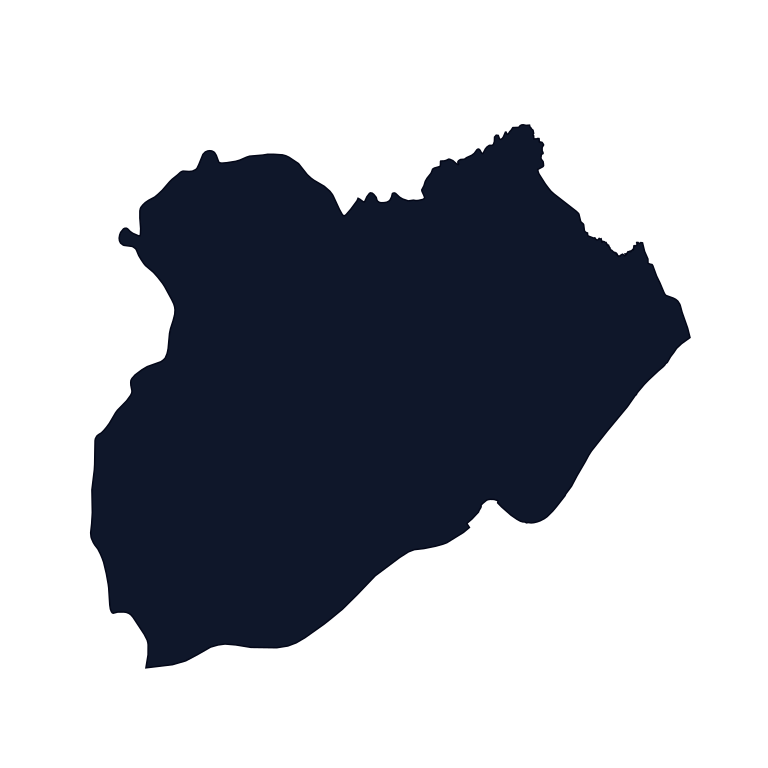 Sawang Wirawong, Ubon Ratchathani, Thailand, rotated 173°
{"feature_id": "78962969B62238671099261", "entity_name": "Sawang Wirawong", "entity_type": "district", "adm_level": 2, "iso_a3": "THA", "parent_name": "Thailand", "parent_adm1": "Ubon Ratchathani", "projection": "equal_earth", "projection_center": [105.01, 15.236], "detail": "fine", "context": "isolated", "style": "filled", "palette": "ink", "viewbox_px": 768, "rotation_deg": 173, "n_neighbors": 0, "source": "geoboundaries", "source_scale": "gbopen_adm2", "svg_char_len": 6155}
<svg xmlns="http://www.w3.org/2000/svg" viewBox="0 0 768 768"><g transform="rotate(173 384 384)"><path d="M316.7,231.2L318.8,235.5L313.1,239.3L305.8,245.4L305.1,246.8L302.9,249.6L302.5,250.6L302.5,251.8L300.8,253.3L296.6,256.0L295.2,256.5L292.7,256.6L288.8,256.0L285.2,254.3L285.1,253.9L285.7,252.2L282.2,247.6L273.9,238.3L268.6,233.6L265.3,231.2L263.0,230.2L261.1,229.9L259.5,228.8L257.7,228.9L254.9,228.2L252.2,228.1L248.7,228.5L245.6,229.2L241.3,230.8L238.2,232.5L232.0,237.3L227.6,241.4L218.0,251.0L216.9,252.8L210.4,259.6L203.5,269.5L193.6,282.5L189.6,288.2L186.3,292.2L168.3,310.0L145.2,331.8L136.2,341.8L134.7,342.8L134.5,343.5L132.7,345.4L125.7,351.9L121.0,355.7L110.3,363.5L104.7,367.2L103.0,368.6L102.1,369.8L100.2,370.9L96.3,376.1L92.4,380.1L89.3,383.7L83.7,387.8L74.6,392.8L75.8,402.4L79.4,418.9L80.4,426.0L80.8,427.4L82.3,430.5L84.2,432.5L86.4,434.0L93.3,437.5L94.2,438.7L95.0,440.8L97.7,450.4L100.3,458.0L102.8,468.8L103.4,469.9L105.7,470.7L106.9,471.5L107.2,472.0L106.8,475.9L109.2,483.9L110.2,492.6L111.9,493.1L112.5,492.7L113.7,492.4L114.6,493.5L115.2,493.2L115.5,493.7L115.9,493.7L116.1,493.3L115.6,492.2L115.7,491.7L116.5,491.0L118.2,490.2L118.6,490.2L118.7,490.8L119.0,490.8L119.4,489.6L119.4,488.9L119.8,488.4L119.8,487.3L120.1,486.9L120.8,487.1L121.0,486.6L121.7,486.5L122.9,485.3L123.5,486.0L124.2,485.5L125.7,485.6L126.4,484.6L127.2,484.0L127.4,483.0L127.8,482.9L128.6,483.8L128.9,483.8L128.7,482.4L129.2,481.9L129.9,482.0L130.9,483.4L131.5,483.8L133.6,482.9L134.0,482.1L134.6,482.4L135.7,482.1L135.9,482.7L136.4,482.9L136.6,483.9L137.5,484.1L137.5,484.4L137.1,484.6L137.0,485.0L137.8,485.9L138.6,485.8L138.9,486.6L139.8,486.6L141.5,488.8L142.6,489.3L142.6,490.0L143.2,490.6L143.1,491.6L143.5,491.9L143.7,492.7L144.1,492.9L144.1,494.3L144.5,494.6L145.2,494.2L145.4,494.3L145.5,495.6L146.0,496.0L146.3,497.4L147.3,497.6L148.0,498.4L149.7,499.0L149.9,498.9L150.1,498.0L150.4,498.0L150.8,501.7L151.8,501.4L152.3,502.1L152.7,502.3L154.0,501.1L155.0,500.9L156.2,501.9L156.9,503.4L158.2,503.3L163.4,506.1L163.7,507.5L163.6,509.1L165.5,510.1L166.4,511.8L166.4,517.8L166.7,518.6L168.5,520.6L169.0,521.5L169.8,528.6L170.1,529.5L172.0,531.9L191.9,551.7L194.7,554.9L196.8,558.2L199.5,562.9L204.5,573.4L205.1,575.5L205.3,578.2L200.1,580.2L199.5,580.6L199.0,581.3L198.9,583.5L199.0,585.4L200.5,588.0L200.7,589.3L199.7,592.9L198.4,593.1L198.0,593.5L198.0,594.5L198.6,596.1L198.3,598.9L198.0,599.8L196.5,601.7L196.5,602.3L197.6,604.5L199.0,605.1L199.3,604.6L200.3,605.3L200.2,608.7L201.4,609.0L202.5,608.7L205.4,609.0L205.2,612.2L205.8,612.7L205.9,613.2L204.9,614.5L205.1,617.2L205.2,617.8L206.4,619.0L206.9,620.2L207.9,621.6L208.0,623.2L211.5,623.4L214.1,624.3L215.7,624.4L217.3,623.9L219.0,622.3L224.9,622.8L227.0,620.3L228.4,619.2L229.8,617.5L230.8,616.7L231.4,616.9L232.2,619.2L232.8,619.2L235.4,614.7L236.6,613.4L237.9,612.6L238.7,612.6L239.5,613.4L240.3,616.8L242.3,617.3L244.2,615.6L244.9,611.2L246.2,608.5L247.4,607.7L250.4,608.0L252.9,606.7L254.8,604.9L256.7,602.1L257.9,600.7L258.3,600.7L259.0,601.3L260.2,604.4L260.9,605.3L261.5,605.7L262.5,605.6L263.2,605.2L266.3,601.9L269.1,600.3L274.5,598.6L276.8,597.3L280.6,597.5L281.9,597.0L283.0,596.3L283.6,595.5L283.7,594.6L283.0,593.4L283.4,592.7L284.2,592.9L285.3,593.8L288.4,597.3L291.4,599.1L292.5,599.3L295.0,598.4L297.2,598.1L300.5,598.4L300.8,598.0L301.3,594.5L301.7,593.4L302.5,593.0L307.8,592.2L309.6,591.3L310.9,588.7L311.8,587.3L316.1,583.1L318.3,580.2L320.2,575.9L322.9,572.0L322.8,570.6L321.4,566.2L321.0,564.3L321.3,563.3L322.8,562.5L327.8,562.0L330.0,562.2L332.4,562.9L337.6,562.8L343.0,565.4L345.8,567.6L349.2,571.7L350.1,572.3L350.9,572.4L351.9,572.3L352.5,571.9L353.7,568.7L355.5,566.0L356.9,564.9L359.1,564.1L361.8,564.0L365.0,564.3L366.7,565.0L368.1,566.3L368.6,567.4L369.0,570.2L371.0,573.4L372.5,574.9L374.3,575.4L375.3,574.9L378.2,571.9L380.7,567.8L381.3,567.1L382.5,567.5L385.4,570.3L387.1,571.5L388.4,569.2L395.7,561.5L401.1,556.6L402.7,555.8L403.8,556.1L404.8,557.4L407.0,562.8L411.4,576.5L412.1,578.3L414.2,581.9L419.2,587.5L428.9,594.9L431.4,597.3L434.7,601.2L442.0,613.2L450.6,620.6L453.6,622.5L456.8,623.8L464.6,625.3L471.3,626.2L476.4,626.0L489.6,626.5L492.8,625.9L499.8,623.8L504.1,623.1L512.9,622.8L518.1,623.0L520.1,623.6L521.0,624.5L522.6,631.4L524.0,634.4L524.8,635.2L526.5,636.3L528.6,636.8L530.6,636.8L533.1,636.1L535.7,634.0L541.1,624.3L543.3,620.9L544.7,619.8L548.3,618.6L551.6,618.7L557.5,619.8L558.6,619.6L560.2,619.0L563.4,616.7L569.4,613.0L572.1,610.9L580.6,603.2L585.1,599.9L588.8,597.5L595.1,595.1L598.8,593.2L601.6,591.1L603.7,589.0L604.4,587.9L605.2,585.6L606.1,578.4L606.6,567.9L607.4,563.0L607.8,561.5L608.2,560.9L609.4,560.9L615.0,564.2L617.4,566.4L619.6,569.3L620.6,570.0L622.2,570.2L623.7,569.7L626.9,566.6L628.2,564.1L629.1,561.1L629.1,558.4L628.3,556.0L626.1,553.8L625.2,553.3L617.4,551.3L616.2,550.6L614.0,548.5L613.3,546.8L611.8,541.4L609.8,536.9L607.7,532.8L606.3,530.6L599.2,522.9L595.6,517.7L591.6,511.0L589.8,507.3L584.5,493.9L582.9,489.1L582.4,486.0L582.4,483.0L583.2,478.8L584.1,476.4L585.6,472.6L589.2,464.8L590.7,460.4L593.9,445.6L594.9,442.5L595.7,440.4L598.0,436.4L600.0,434.8L602.7,433.3L616.9,430.1L622.4,427.7L629.9,423.4L633.4,420.3L634.7,418.5L635.2,416.4L635.4,413.6L635.0,407.8L635.5,405.8L636.9,403.6L641.6,398.6L651.7,390.5L653.9,388.2L661.4,378.4L664.9,374.7L667.8,372.0L670.5,369.9L673.6,368.5L675.4,367.3L677.1,364.9L677.7,363.0L681.0,339.5L682.0,334.0L686.8,314.6L689.2,291.8L691.2,280.9L693.3,272.0L693.4,267.9L693.1,266.2L691.9,262.2L690.7,259.5L688.1,255.1L686.2,249.9L685.0,245.7L684.0,241.2L682.7,229.6L682.1,218.6L682.1,215.1L683.1,198.3L683.0,193.9L682.3,191.2L681.5,189.9L680.6,189.5L676.1,190.1L670.1,189.4L667.5,188.7L665.0,187.3L663.3,185.7L661.5,183.0L652.5,164.8L650.3,158.8L649.9,156.2L649.9,153.9L651.2,143.9L654.9,131.3L628.1,131.2L614.5,133.4L601.0,138.6L588.2,144.0L580.6,145.2L573.5,145.3L562.9,143.1L548.2,138.8L522.6,135.3L511.3,135.7L502.7,137.8L493.4,141.8L472.7,153.0L463.9,158.4L452.6,165.6L436.3,178.2L416.1,194.7L389.6,209.9L380.2,214.4L374.1,215.9L364.4,215.8L352.7,216.7L345.2,217.8L341.0,218.8L323.2,227.0L316.7,231.2Z" fill="#0f172a" stroke="#020617" stroke-width="1.5"/></g></svg>